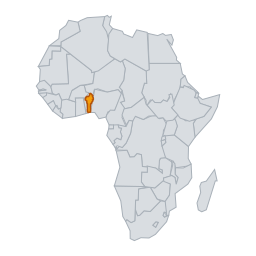 where Benin sits in Africa
{"feature_id": "BEN", "entity_name": "Benin", "entity_type": "country or territory", "adm_level": 0, "iso_a3": "BEN", "parent_name": "Africa", "parent_adm1": "", "projection": "natural_earth1", "projection_center": [2.346, 9.3], "detail": "fine", "context": "in_parent", "style": "filled", "palette": "amber", "viewbox_px": 256, "rotation_deg": 0, "n_neighbors": 49, "source": "natural_earth", "source_scale": "50m", "svg_char_len": 11159}
<svg xmlns="http://www.w3.org/2000/svg" viewBox="0 0 256 256"><path d="M174.3,134.9L188.5,146.5L188.2,158.4L191.1,164.1L188.9,165.9L175.5,167.8L173.5,161.3L165.6,157.9L162.7,152.3L162.0,146.0L165.8,142.4L164.9,135.5L174.3,134.9Z" fill="#d9dde1" stroke="#a8b0b8" stroke-width="1"/><path d="M60.8,46.5L60.7,51.3L52.2,51.1L52.0,59.1L49.6,59.4L49.3,65.5L38.3,66.5L49.4,45.7L60.8,46.5Z" fill="#d9dde1" stroke="#a8b0b8" stroke-width="1"/><path d="M162.0,146.0L165.6,157.9L160.2,158.5L159.0,168.7L162.3,169.9L162.4,173.3L155.8,168.1L142.4,166.5L141.4,154.7L137.1,153.6L134.2,156.8L130.0,157.1L127.0,150.3L115.9,150.0L119.7,146.0L122.3,147.5L126.2,143.0L130.6,133.3L133.0,118.9L135.4,116.3L143.4,119.5L152.0,115.6L156.7,115.7L159.5,118.7L163.0,117.7L167.0,125.1L163.5,130.1L162.0,146.0Z" fill="#d9dde1" stroke="#a8b0b8" stroke-width="1"/><path d="M195.0,137.2L193.3,123.3L196.3,118.8L203.9,116.4L211.3,107.1L200.2,103.4L197.0,99.1L198.5,96.3L202.5,99.5L219.7,94.6L217.4,106.8L211.4,118.9L195.0,137.2Z" fill="#d9dde1" stroke="#a8b0b8" stroke-width="1"/><path d="M188.5,146.5L174.3,134.9L177.3,126.1L174.5,118.8L177.9,114.9L185.6,120.8L195.6,119.8L193.3,123.3L195.0,137.2L188.5,146.5Z" fill="#d9dde1" stroke="#a8b0b8" stroke-width="1"/><path d="M149.0,106.4L147.0,105.0L146.0,104.1L146.2,100.6L141.7,92.8L144.4,83.2L146.7,83.4L146.2,69.7L149.2,69.7L149.0,63.4L180.2,63.4L182.4,74.0L185.0,75.9L181.0,79.2L179.9,89.8L174.8,98.9L174.2,105.0L170.6,93.9L167.1,101.5L163.4,100.0L160.7,102.7L154.8,102.5L150.3,100.0L147.2,105.2L149.0,106.4Z" fill="#d9dde1" stroke="#a8b0b8" stroke-width="1"/><path d="M146.2,71.0L146.7,83.4L144.4,83.2L141.7,92.8L144.3,97.3L131.3,107.4L124.1,108.9L120.5,102.3L124.6,100.9L122.1,90.5L119.3,87.3L123.7,80.2L125.2,68.5L122.3,60.7L124.9,59.0L146.2,71.0Z" fill="#d9dde1" stroke="#a8b0b8" stroke-width="1"/><path d="M125.6,221.2L126.9,219.6L131.1,222.6L134.8,220.8L135.3,209.2L137.6,215.7L139.5,215.4L144.1,210.8L150.2,211.5L160.6,200.9L165.2,201.4L166.8,208.0L166.3,212.6L164.2,212.3L163.1,215.4L164.5,217.1L168.7,215.4L166.6,221.7L155.5,234.3L149.0,238.0L140.9,237.7L134.4,240.6L130.2,238.6L130.1,230.8L125.6,221.2ZM158.2,222.4L155.9,222.0L152.9,225.2L155.7,227.3L158.2,222.4Z" fill="#d9dde1" stroke="#a8b0b8" stroke-width="1"/><path d="M158.2,222.4L155.7,227.3L152.9,225.2L155.9,222.0L158.2,222.4Z" fill="#d9dde1" stroke="#a8b0b8" stroke-width="1"/><path d="M165.2,201.4L157.0,199.0L150.2,187.2L154.9,187.9L163.7,180.3L170.4,184.0L169.4,195.3L165.2,201.4Z" fill="#d9dde1" stroke="#a8b0b8" stroke-width="1"/><path d="M160.6,200.9L150.2,211.5L144.1,210.8L139.5,215.4L137.6,215.7L135.3,209.2L135.6,200.1L138.2,200.0L138.6,188.9L150.2,187.2L157.0,199.0L160.6,200.9Z" fill="#d9dde1" stroke="#a8b0b8" stroke-width="1"/><path d="M135.6,200.1L134.8,220.8L131.1,222.6L126.9,219.6L125.6,221.2L122.8,216.5L120.8,200.9L114.3,185.9L149.7,186.7L138.6,188.9L138.2,200.0L135.6,200.1Z" fill="#d9dde1" stroke="#a8b0b8" stroke-width="1"/><path d="M38.6,89.7L36.3,86.1L40.4,80.7L44.5,80.3L50.8,86.5L52.5,93.3L38.7,93.4L38.3,91.0L46.3,89.9L38.6,89.7Z" fill="#d9dde1" stroke="#a8b0b8" stroke-width="1"/><path d="M52.5,93.3L50.8,86.5L52.2,84.1L68.5,83.7L66.5,54.2L70.5,54.1L91.6,70.6L91.6,72.6L94.5,72.3L92.9,83.5L80.4,85.4L72.5,90.0L68.7,99.7L61.7,100.2L58.8,93.7L56.0,95.1L52.5,93.3Z" fill="#d9dde1" stroke="#a8b0b8" stroke-width="1"/><path d="M38.3,66.5L49.3,65.5L49.6,59.4L52.0,59.1L52.2,51.1L60.7,51.3L60.8,46.5L70.5,54.1L66.5,54.2L68.5,83.7L52.2,84.1L50.8,86.5L44.5,80.3L39.5,81.7L40.3,69.4L38.3,66.5Z" fill="#d9dde1" stroke="#a8b0b8" stroke-width="1"/><path d="M122.3,60.7L125.2,68.5L123.7,80.2L119.3,87.3L122.1,90.5L121.1,93.1L118.1,89.7L107.3,92.1L97.7,88.8L94.2,89.9L92.8,95.7L85.9,92.0L84.2,85.5L92.9,83.5L94.5,72.3L114.7,58.8L120.4,61.9L122.3,60.7Z" fill="#d9dde1" stroke="#a8b0b8" stroke-width="1"/><path d="M90.4,112.5L94.8,89.2L107.3,92.1L118.1,89.7L122.1,94.4L114.7,110.3L107.9,111.9L106.0,117.1L99.0,118.7L94.8,112.5L90.4,112.5Z" fill="#d9dde1" stroke="#a8b0b8" stroke-width="1"/><path d="M121.9,92.0L124.6,100.9L120.5,102.3L124.6,108.1L122.0,117.3L126.0,126.6L109.1,124.9L106.0,118.0L106.7,114.9L110.3,110.1L114.7,110.3L121.9,92.0Z" fill="#d9dde1" stroke="#a8b0b8" stroke-width="1"/><path d="M85.6,97.8L88.2,112.9L86.0,113.5L83.0,98.7L85.6,97.8Z" fill="#d9dde1" stroke="#a8b0b8" stroke-width="1"/><path d="M83.2,97.7L86.0,113.5L75.5,116.5L75.3,97.9L83.2,97.7Z" fill="#d9dde1" stroke="#a8b0b8" stroke-width="1"/><path d="M61.7,100.2L66.6,99.2L75.6,102.0L75.5,116.5L62.4,118.4L62.8,114.2L60.1,111.9L61.7,100.2Z" fill="#d9dde1" stroke="#a8b0b8" stroke-width="1"/><path d="M46.6,92.8L56.0,95.1L58.8,93.7L61.7,100.2L61.0,108.1L58.5,109.2L57.0,105.4L55.0,106.0L53.4,100.7L47.7,104.3L42.7,97.6L46.6,92.8Z" fill="#d9dde1" stroke="#a8b0b8" stroke-width="1"/><path d="M38.7,93.4L46.6,92.8L46.5,95.2L42.7,97.6L38.7,93.4Z" fill="#d9dde1" stroke="#a8b0b8" stroke-width="1"/><path d="M60.5,108.1L60.1,111.9L62.8,114.2L62.4,118.4L52.5,110.9L55.7,105.8L58.5,109.2L60.5,108.1Z" fill="#d9dde1" stroke="#a8b0b8" stroke-width="1"/><path d="M47.7,104.3L53.4,100.7L55.7,105.8L52.5,110.9L47.7,104.3Z" fill="#d9dde1" stroke="#a8b0b8" stroke-width="1"/><path d="M68.7,99.7L71.8,90.8L80.4,85.4L84.2,85.5L85.9,92.0L89.0,92.7L85.6,97.8L75.3,97.9L75.6,102.0L68.7,99.7Z" fill="#d9dde1" stroke="#a8b0b8" stroke-width="1"/><path d="M156.7,115.7L148.7,116.1L143.4,119.5L135.4,116.3L132.7,121.1L129.2,120.4L126.2,124.9L122.0,115.0L124.1,108.9L131.3,107.4L144.3,97.3L146.0,104.1L156.7,115.7Z" fill="#d9dde1" stroke="#a8b0b8" stroke-width="1"/><path d="M132.7,121.1L130.6,133.3L126.2,143.0L122.3,147.5L117.1,145.8L115.2,147.7L113.0,144.4L115.0,142.7L114.0,140.6L117.0,138.1L120.8,139.7L121.9,136.1L120.4,131.9L121.5,128.3L118.9,127.9L118.3,124.9L126.0,126.6L129.2,120.4L132.7,121.1Z" fill="#d9dde1" stroke="#a8b0b8" stroke-width="1"/><path d="M113.5,125.0L118.0,124.8L118.9,127.9L121.5,128.3L120.4,131.9L121.9,136.1L120.8,139.7L117.0,138.1L114.0,140.6L115.0,142.7L113.0,144.4L106.8,135.4L108.7,128.8L113.5,128.7L113.5,125.0Z" fill="#d9dde1" stroke="#a8b0b8" stroke-width="1"/><path d="M109.1,124.9L113.5,125.0L113.5,128.7L108.7,128.8L109.1,124.9Z" fill="#d9dde1" stroke="#a8b0b8" stroke-width="1"/><path d="M165.6,157.9L172.1,162.1L170.3,174.7L171.7,175.5L163.5,178.1L163.7,180.3L154.9,187.9L144.8,186.6L141.4,182.1L141.7,172.1L147.3,172.2L147.1,166.0L155.8,168.1L162.4,173.3L162.3,169.9L159.0,168.7L159.4,160.5L160.9,158.2L165.6,157.9Z" fill="#d9dde1" stroke="#a8b0b8" stroke-width="1"/><path d="M170.9,160.7L174.9,163.6L175.3,174.3L178.2,177.5L176.2,184.3L175.0,177.5L170.3,174.7L172.8,164.7L170.9,160.7Z" fill="#d9dde1" stroke="#a8b0b8" stroke-width="1"/><path d="M175.5,167.8L183.3,168.0L191.1,164.1L191.8,177.7L187.9,184.1L175.1,193.6L176.1,207.2L169.4,211.1L168.7,215.4L166.7,215.4L165.2,201.4L169.4,195.3L170.4,184.0L163.8,181.4L163.5,178.1L171.7,175.5L175.0,177.5L176.2,184.3L178.2,177.5L175.3,174.3L175.5,167.8Z" fill="#d9dde1" stroke="#a8b0b8" stroke-width="1"/><path d="M166.7,215.4L164.5,217.1L163.1,215.4L164.2,212.3L166.7,215.4Z" fill="#d9dde1" stroke="#a8b0b8" stroke-width="1"/><path d="M115.2,147.7L117.1,147.5L115.9,150.0L115.2,147.7ZM116.2,151.0L127.0,150.3L130.0,157.1L134.2,156.8L137.1,153.6L141.4,154.7L142.4,166.5L147.4,167.0L147.3,172.2L141.7,172.1L141.4,182.1L144.8,186.6L114.3,185.9L119.9,167.2L116.2,151.0Z" fill="#d9dde1" stroke="#a8b0b8" stroke-width="1"/><path d="M165.1,139.5L165.8,142.4L162.0,146.0L161.2,140.8L165.1,139.5Z" fill="#d9dde1" stroke="#a8b0b8" stroke-width="1"/><path d="M214.6,169.5L217.1,180.9L215.3,180.9L206.3,209.8L201.7,211.8L198.3,209.9L197.0,203.0L200.7,192.5L199.8,186.2L201.3,182.5L206.3,181.1L214.6,169.5Z" fill="#d9dde1" stroke="#a8b0b8" stroke-width="1"/><path d="M38.3,91.0L43.0,88.8L46.3,89.9L38.3,91.0Z" fill="#d9dde1" stroke="#a8b0b8" stroke-width="1"/><path d="M107.8,37.4L102.6,25.5L104.7,16.6L107.4,15.4L109.2,17.3L111.3,16.2L109.3,24.8L112.7,28.5L107.8,37.4Z" fill="#d9dde1" stroke="#a8b0b8" stroke-width="1"/><path d="M60.8,46.5L61.0,42.0L80.1,31.3L78.0,22.2L80.5,20.5L87.2,17.7L104.7,16.6L102.6,25.5L106.6,31.8L108.7,40.2L107.6,50.6L110.3,56.0L114.7,58.8L98.3,70.9L91.6,72.6L91.6,70.6L60.8,46.5Z" fill="#d9dde1" stroke="#a8b0b8" stroke-width="1"/><path d="M180.2,87.1L181.0,79.2L185.0,75.9L187.6,82.4L198.2,92.5L196.2,92.9L189.8,86.8L180.2,87.1Z" fill="#d9dde1" stroke="#a8b0b8" stroke-width="1"/><path d="M49.4,45.7L58.8,38.6L59.7,30.3L65.9,25.5L68.6,20.3L78.0,22.2L80.1,31.3L61.0,42.0L60.9,45.7L49.4,45.7Z" fill="#d9dde1" stroke="#a8b0b8" stroke-width="1"/><path d="M180.2,63.4L149.0,63.4L147.9,33.4L157.7,35.6L162.8,33.5L165.5,35.4L171.3,34.5L173.4,39.9L171.9,45.2L166.7,39.1L176.7,57.4L176.4,60.0L180.2,63.4Z" fill="#d9dde1" stroke="#a8b0b8" stroke-width="1"/><path d="M147.2,32.4L149.2,69.7L146.2,71.0L124.9,59.0L120.4,61.9L110.3,56.0L107.6,50.6L108.9,34.0L112.7,28.5L122.4,31.3L123.7,34.0L132.5,37.5L136.7,29.9L147.2,32.4Z" fill="#d9dde1" stroke="#a8b0b8" stroke-width="1"/><path d="M211.3,107.1L203.9,116.4L189.5,121.3L180.3,118.2L171.5,107.8L180.2,87.1L183.3,87.7L184.1,85.4L194.1,90.1L196.2,92.9L194.8,97.6L197.6,98.0L200.2,103.4L211.3,107.1Z" fill="#d9dde1" stroke="#a8b0b8" stroke-width="1"/><path d="M196.2,92.9L198.8,93.4L197.6,98.0L194.8,97.6L196.2,92.9Z" fill="#d9dde1" stroke="#a8b0b8" stroke-width="1"/><path d="M174.3,134.9L162.7,136.2L167.1,120.2L174.5,118.8L175.8,120.9L177.3,126.1L174.3,134.9Z" fill="#d9dde1" stroke="#a8b0b8" stroke-width="1"/><path d="M164.9,135.5L165.8,139.1L161.2,140.8L161.9,137.0L164.9,135.5Z" fill="#d9dde1" stroke="#a8b0b8" stroke-width="1"/><path d="M166.0,121.1L163.0,117.7L158.3,118.3L147.2,105.2L152.2,99.6L154.8,102.5L160.7,102.7L163.4,100.0L167.1,101.5L169.8,97.5L168.9,94.7L171.9,94.1L174.2,105.0L171.5,107.8L177.9,114.9L172.9,120.2L166.0,121.1Z" fill="#d9dde1" stroke="#a8b0b8" stroke-width="1"/><path d="M87.5,112.6L87.9,112.4L87.8,112.0L87.6,111.5L87.4,111.4L87.4,111.2L87.5,111.0L87.4,110.9L87.4,110.6L87.3,110.2L87.5,110.2L87.5,109.1L87.5,108.0L87.5,107.0L87.5,106.3L87.5,105.4L87.5,104.7L87.5,103.8L87.4,103.6L87.0,103.1L86.9,102.9L86.9,102.5L86.8,102.2L86.8,101.6L86.8,101.0L86.7,100.9L86.3,100.6L85.7,100.1L85.3,99.8L85.3,99.7L85.2,99.7L85.3,98.7L85.5,98.1L85.6,97.8L85.7,97.7L85.8,97.5L86.0,97.6L86.1,97.4L86.2,97.2L86.3,96.9L86.5,96.9L86.8,96.6L86.9,96.4L87.0,96.4L87.4,96.4L87.5,96.5L88.1,96.4L88.5,96.5L89.1,95.8L89.3,95.6L89.5,95.1L89.6,94.6L89.5,94.1L89.5,93.9L89.8,93.8L90.1,93.7L90.3,93.7L90.5,93.5L90.7,93.4L90.8,93.5L91.6,94.3L91.9,94.7L92.0,94.9L92.2,95.0L92.4,95.1L92.6,95.3L92.8,95.6L92.7,95.8L92.5,96.2L92.5,96.5L92.9,97.2L93.0,97.3L93.1,97.5L93.2,97.8L93.2,98.2L93.2,98.5L93.4,98.8L93.4,99.0L93.3,99.5L93.2,99.6L92.9,99.6L92.8,99.8L92.8,100.0L92.7,100.0L92.9,100.4L92.8,100.9L92.7,101.2L92.5,101.3L92.3,101.4L92.2,101.5L92.1,101.9L91.8,102.2L91.6,102.4L91.6,102.6L91.6,103.0L91.5,103.4L91.3,103.7L90.9,103.8L90.6,103.8L90.5,104.7L90.5,105.2L90.5,105.7L90.4,105.9L90.4,106.2L90.4,106.9L90.4,107.5L90.5,108.0L90.5,108.3L90.5,108.5L90.6,108.8L90.5,109.0L90.5,109.8L90.6,110.0L90.5,110.3L90.5,110.7L90.5,110.9L90.6,111.1L90.5,111.3L90.5,111.5L90.4,112.0L89.3,112.3L88.0,112.5L87.5,112.6Z" fill="#f59e0b" stroke="#b45309" stroke-width="1.5"/></svg>